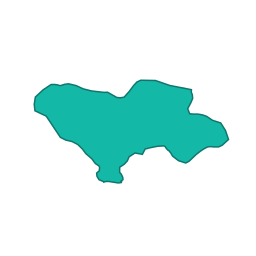 outline of Tokat, rotated 202°
{"feature_id": "TUR-2297", "entity_name": "Tokat", "entity_type": "Province", "adm_level": 1, "iso_a3": "TUR", "parent_name": "Turkey", "parent_adm1": "", "projection": "orthographic", "projection_center": [36.489, 40.417], "detail": "fine", "context": "isolated", "style": "filled", "palette": "teal", "viewbox_px": 256, "rotation_deg": 202, "n_neighbors": 0, "source": "natural_earth", "source_scale": "10m", "svg_char_len": 1293}
<svg xmlns="http://www.w3.org/2000/svg" viewBox="0 0 256 256"><g transform="rotate(202 128 128)"><path d="M140.2,74.4L138.6,77.6L139.7,81.1L140.8,82.0L144.9,82.8L150.0,85.9L157.6,88.5L162.3,91.4L168.4,93.9L174.9,94.5L181.1,93.5L187.2,94.0L208.3,108.4L220.7,109.1L223.8,114.8L225.5,122.0L221.0,131.6L215.6,139.5L212.3,140.9L208.9,141.7L207.5,141.7L206.2,142.2L203.1,144.8L199.7,146.7L192.0,147.9L184.3,147.5L175.7,148.7L163.7,152.0L160.4,153.5L149.8,152.1L146.3,153.2L143.1,155.2L140.6,162.2L138.7,169.4L136.9,174.1L134.0,177.1L120.4,182.3L105.1,183.1L83.6,187.3L82.6,184.7L80.9,183.1L79.1,179.6L79.2,174.9L79.9,168.2L76.1,164.3L72.3,165.5L68.4,167.1L64.1,168.0L59.7,168.3L52.5,166.8L43.9,167.4L36.7,162.2L30.5,155.0L34.2,147.3L36.9,144.4L41.9,142.4L43.6,142.0L46.9,140.5L49.6,137.4L52.0,133.9L54.8,129.1L58.9,120.1L61.3,117.2L68.9,116.6L76.3,118.7L78.6,120.6L81.2,122.1L83.2,122.6L85.0,123.5L86.6,124.7L88.2,124.8L93.8,122.1L101.4,117.1L102.8,115.9L103.5,115.5L104.2,115.1L104.8,109.0L112.2,107.4L116.2,101.7L116.3,97.2L117.8,93.2L121.0,88.5L119.1,83.7L117.6,83.1L116.2,82.0L114.3,80.2L113.3,78.1L114.5,76.5L114.5,75.7L113.8,75.7L113.8,74.9L116.4,73.4L126.3,71.1L129.4,69.6L130.1,68.7L130.6,69.1L135.5,69.2L138.6,71.5L140.2,74.4Z" fill="#14b8a6" stroke="#0f766e" stroke-width="1.5"/></g></svg>